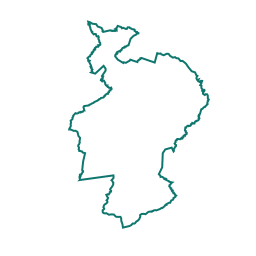 the district of Kazungula, Southern, Zambia, rotated 197°
{"feature_id": "96606910B95953051402599", "entity_name": "Kazungula", "entity_type": "district", "adm_level": 2, "iso_a3": "ZMB", "parent_name": "Zambia", "parent_adm1": "Southern", "projection": "mercator", "projection_center": [25.557, -17.051], "detail": "fine", "context": "isolated", "style": "outline", "palette": "teal", "viewbox_px": 256, "rotation_deg": 197, "n_neighbors": 0, "source": "geoboundaries", "source_scale": "gbopen_adm2", "svg_char_len": 5840}
<svg xmlns="http://www.w3.org/2000/svg" viewBox="0 0 256 256"><g transform="rotate(197 128 128)"><path d="M103.7,31.3L97.9,34.7L96.5,36.1L95.6,38.0L94.3,38.3L93.5,38.9L92.6,41.2L91.6,42.1L90.6,44.2L90.3,46.8L91.0,48.2L89.9,49.7L87.9,50.5L86.0,50.7L84.0,53.7L82.2,54.7L81.2,54.7L80.6,55.1L80.5,55.8L79.9,55.8L79.2,56.8L77.6,57.5L76.8,57.5L73.7,59.9L72.5,61.4L71.8,61.5L70.1,64.0L69.8,65.2L68.7,65.7L69.0,66.4L66.9,68.5L65.8,68.9L65.5,71.3L64.0,72.6L63.8,73.8L64.1,74.2L62.5,76.1L62.8,76.9L62.3,77.5L63.8,78.0L63.8,78.4L64.8,79.2L65.5,79.0L65.7,79.8L66.5,79.9L67.4,80.5L67.0,81.4L68.5,81.7L68.7,82.3L68.9,82.1L69.8,82.8L69.9,83.4L71.5,84.3L71.6,85.5L70.9,86.3L70.8,87.5L69.8,88.9L72.7,88.6L73.0,89.0L77.8,89.8L77.3,90.5L78.8,90.5L80.6,91.2L82.1,91.2L82.6,90.8L83.3,92.0L85.0,92.8L83.8,100.4L87.4,114.1L86.1,118.4L80.5,122.0L77.6,118.9L77.4,119.4L77.7,120.2L78.1,120.1L78.3,120.5L77.7,121.9L77.6,123.2L76.8,124.8L77.2,125.8L77.9,125.9L78.9,126.8L78.3,128.1L78.8,129.4L78.6,129.9L77.8,130.5L77.6,131.1L78.0,131.3L77.7,131.9L74.6,132.6L74.0,134.1L73.2,133.6L72.9,133.8L73.0,134.8L72.3,135.4L72.4,136.0L72.7,136.0L72.6,136.8L71.8,137.8L71.2,137.5L71.1,138.7L70.2,139.3L70.4,140.6L71.5,140.9L71.8,142.0L72.8,142.2L73.3,145.2L72.5,145.4L72.4,146.4L71.7,147.5L71.0,147.8L70.5,147.5L69.0,148.4L68.7,148.9L69.0,149.6L68.9,150.1L68.2,150.5L68.1,151.7L67.5,151.7L67.1,151.3L65.8,151.7L65.8,153.4L65.3,154.3L64.4,154.5L64.3,155.1L63.0,155.9L62.6,157.9L63.3,158.1L63.1,159.0L64.1,159.8L64.1,160.3L63.5,160.7L63.9,161.4L63.6,161.5L63.3,162.7L63.4,167.3L62.4,168.1L61.5,170.1L60.4,170.8L60.4,171.4L59.5,172.7L59.4,173.7L58.9,174.1L59.6,175.7L59.2,177.6L59.7,177.9L59.2,178.9L60.3,179.6L61.2,182.4L62.1,183.3L63.5,183.1L64.2,182.0L66.3,182.7L66.6,183.7L65.8,185.7L65.9,186.6L66.4,186.8L66.9,186.6L67.1,185.0L68.0,185.2L68.1,186.7L69.6,187.8L70.1,189.9L71.5,190.1L70.9,192.2L71.0,192.7L71.7,192.8L70.7,194.2L70.8,194.7L71.9,194.5L73.4,193.1L74.5,193.2L74.9,193.7L74.7,195.0L75.6,194.3L76.1,194.3L77.1,195.6L77.3,196.7L76.8,198.1L78.1,198.5L80.1,200.8L83.7,200.9L87.5,203.4L91.6,206.6L95.4,208.1L97.4,207.4L100.1,209.3L102.2,208.9L103.7,209.5L105.8,208.4L109.1,209.4L110.4,210.5L111.2,210.7L112.7,210.3L115.1,208.0L117.7,208.2L118.6,208.8L120.4,208.0L121.9,208.1L121.6,198.4L135.7,198.9L136.6,198.3L136.3,197.4L137.4,196.6L137.5,195.9L138.0,195.7L138.4,194.8L138.3,193.8L145.8,194.0L145.9,193.1L149.1,189.7L151.5,189.5L151.6,188.8L157.8,190.4L161.2,192.8L161.5,194.1L160.5,195.2L161.0,195.5L160.8,196.7L160.1,196.8L160.4,197.6L158.8,199.0L158.5,198.6L157.8,198.8L157.6,200.3L157.0,200.6L157.1,201.3L156.6,202.9L155.0,203.8L155.1,204.3L154.6,204.4L154.5,205.2L153.6,205.3L152.7,206.7L151.7,207.2L151.6,214.1L149.6,217.8L147.6,219.6L147.0,220.9L145.0,221.8L147.2,221.9L147.0,222.2L147.4,222.5L148.6,222.4L150.1,222.8L150.2,223.7L150.8,224.1L153.0,223.7L153.8,224.1L155.0,224.0L156.0,224.7L157.8,224.1L157.9,222.7L158.9,222.1L162.0,222.4L163.0,221.6L164.0,222.5L167.7,222.6L168.1,220.4L169.1,219.1L167.8,219.1L167.3,217.8L168.0,217.7L168.7,216.9L169.4,217.0L171.1,216.2L171.9,216.5L172.4,216.0L173.4,216.3L179.9,212.6L180.8,213.2L180.7,214.1L182.6,216.0L186.7,216.2L188.8,218.0L192.6,217.3L195.1,218.0L197.1,218.0L196.3,216.8L196.5,216.2L196.2,215.3L195.6,215.3L195.2,215.9L194.7,215.7L194.5,214.3L193.5,213.2L193.2,212.3L191.1,209.7L190.4,209.7L190.4,208.9L188.1,207.5L187.4,208.2L186.2,208.4L184.9,206.5L184.1,206.5L183.2,207.1L182.5,206.3L182.4,204.6L181.0,203.1L180.6,201.8L179.6,201.4L178.9,199.9L178.9,199.4L180.7,198.5L180.0,197.8L180.2,197.0L182.1,196.5L182.1,195.8L183.0,194.9L183.1,194.5L182.3,193.6L182.5,193.1L183.6,192.8L183.7,191.9L183.3,191.1L183.8,190.0L184.3,190.1L184.8,189.6L184.7,189.1L184.0,188.9L184.0,188.4L185.4,186.6L185.2,185.4L186.3,184.7L187.2,182.9L185.9,181.9L185.8,180.9L185.3,181.1L184.8,180.6L184.3,180.8L184.5,179.8L181.8,177.1L181.0,175.9L181.7,175.6L180.6,174.3L180.0,174.4L179.6,173.5L179.2,173.4L179.6,172.5L178.6,171.5L179.5,170.4L175.3,170.4L169.5,180.3L166.8,178.2L166.2,176.3L168.0,170.4L167.0,170.2L167.5,169.3L166.8,168.9L166.7,168.3L168.0,166.5L168.0,165.8L166.4,165.1L166.0,166.3L164.8,166.2L163.4,164.7L163.1,164.7L162.6,163.3L161.6,162.4L160.2,162.7L160.2,162.0L159.8,162.0L159.4,161.3L158.6,161.4L158.0,160.9L156.5,161.2L155.9,161.7L155.1,160.6L155.9,159.7L155.7,158.9L156.7,158.4L156.6,156.6L157.3,156.3L157.2,154.8L158.0,154.7L159.1,153.4L159.3,152.3L159.7,152.3L160.1,151.5L160.0,151.0L160.4,150.0L162.7,148.7L162.9,148.0L164.2,146.9L164.3,146.3L164.7,146.2L164.9,145.5L168.0,142.8L168.2,142.1L169.9,140.7L170.8,139.5L171.8,139.0L172.0,138.2L176.4,136.1L176.7,135.0L175.0,132.2L175.3,132.2L176.0,130.3L176.8,130.1L177.1,129.5L178.2,129.5L178.3,128.8L179.4,128.7L179.9,127.7L181.3,126.8L182.6,126.8L184.0,123.8L183.7,122.9L184.2,121.8L183.7,120.6L183.8,120.0L185.0,118.3L184.0,116.5L184.1,115.1L183.3,113.5L183.4,111.8L183.9,110.4L183.8,109.4L182.3,109.8L179.2,109.4L177.3,110.0L175.2,109.5L173.0,105.8L171.0,104.6L170.3,100.4L169.9,100.1L170.0,98.1L170.5,97.2L170.3,96.0L169.1,95.0L168.9,93.0L168.1,92.6L167.9,91.8L165.3,92.2L164.2,91.3L161.7,91.4L161.1,82.8L159.5,74.4L158.6,73.8L158.8,73.5L158.2,72.9L158.9,71.2L158.9,70.3L160.1,69.5L159.3,68.6L159.3,68.3L160.0,68.4L159.7,67.6L160.1,67.6L160.1,67.0L159.9,66.5L159.5,66.6L159.1,65.0L158.6,64.6L158.8,64.2L128.1,78.4L127.4,76.7L127.3,75.7L128.5,73.2L127.3,72.6L126.5,71.5L126.1,71.5L125.6,69.5L126.2,66.9L127.1,64.7L127.1,63.9L125.8,63.0L125.6,62.2L126.7,61.4L126.5,60.0L127.0,58.8L127.9,58.8L129.2,57.8L127.9,56.3L126.6,55.4L126.7,54.2L127.3,52.7L126.8,52.6L126.0,51.2L126.5,49.7L127.6,48.5L128.3,47.3L128.4,45.1L127.2,44.0L127.1,43.6L128.2,41.9L127.6,40.2L126.6,39.5L125.0,39.6L123.7,40.2L120.9,39.5L118.5,40.6L116.2,41.1L113.8,39.7L113.0,39.7L109.2,40.8L108.2,39.8L107.2,37.1L105.2,34.4L103.7,31.3Z" fill="none" stroke="#0f766e" stroke-width="2"/></g></svg>